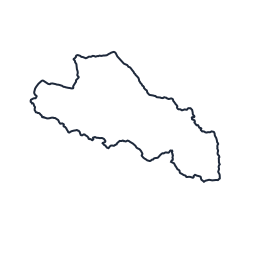 Acomayo, Cusco, Peru, rotated 152°
{"feature_id": "86281439B20943617264122", "entity_name": "Acomayo", "entity_type": "district", "adm_level": 2, "iso_a3": "PER", "parent_name": "Peru", "parent_adm1": "Cusco", "projection": "orthographic", "projection_center": [-71.657, -13.926], "detail": "fine", "context": "isolated", "style": "outline", "palette": "slate", "viewbox_px": 256, "rotation_deg": 152, "n_neighbors": 0, "source": "geoboundaries", "source_scale": "gbopen_adm2", "svg_char_len": 5816}
<svg xmlns="http://www.w3.org/2000/svg" viewBox="0 0 256 256"><g transform="rotate(152 128 128)"><path d="M173.0,144.1L172.7,143.6L172.0,143.1L171.4,143.0L170.4,143.2L169.8,143.0L169.2,142.4L169.1,141.7L168.3,140.5L167.8,139.4L167.5,138.0L167.8,137.4L167.8,136.9L167.3,136.3L166.7,136.1L165.8,135.1L165.6,134.4L165.3,134.0L164.4,134.1L163.9,134.3L163.7,134.8L163.6,135.5L163.5,135.8L163.3,135.9L161.4,135.5L160.3,134.1L158.6,133.1L158.0,132.5L155.9,131.5L155.3,131.0L154.4,129.7L154.1,128.0L154.1,127.1L154.5,126.6L155.0,126.4L157.3,126.7L157.6,126.5L157.3,125.7L157.1,124.4L156.1,123.0L156.2,122.1L155.9,121.4L155.8,120.5L155.1,119.8L154.8,119.4L154.2,119.5L152.9,120.2L151.5,120.5L150.4,120.1L148.8,118.9L147.8,119.1L147.3,118.9L146.8,119.1L145.7,118.9L145.1,119.5L144.7,119.7L141.5,120.5L139.5,119.4L138.9,119.5L138.4,119.3L138.0,118.8L137.8,118.3L137.2,118.1L136.7,117.4L135.9,117.1L134.3,117.1L133.8,116.6L133.1,115.7L132.9,115.1L131.0,112.0L129.8,108.8L129.7,106.8L129.2,105.7L127.9,104.0L127.6,103.1L127.3,101.6L127.3,98.8L127.5,98.3L128.2,97.7L128.7,97.5L128.9,97.1L128.4,94.7L127.7,93.1L127.2,92.5L126.2,90.4L124.4,88.7L124.0,88.5L123.4,88.6L122.7,88.5L121.9,88.8L120.5,88.4L119.8,88.8L119.2,88.9L118.2,88.7L116.2,87.9L115.4,87.8L111.9,89.1L109.9,89.5L109.2,89.4L108.4,88.8L107.3,88.9L106.1,88.7L105.6,88.4L105.2,88.0L103.8,87.2L102.8,87.4L101.3,88.2L101.0,88.2L100.6,87.8L99.9,87.5L99.7,87.4L99.7,86.7L100.5,86.1L100.8,85.4L100.8,84.4L101.3,83.6L101.1,82.9L102.7,80.9L102.7,80.2L103.4,78.9L104.7,78.8L105.9,77.9L103.9,75.1L104.0,73.6L103.9,72.6L104.0,71.9L103.8,71.4L103.7,68.7L103.7,68.3L102.9,67.3L102.6,66.2L102.6,65.9L103.1,64.7L103.1,63.7L102.1,62.4L100.9,60.3L99.6,59.0L99.5,58.8L99.5,57.5L99.1,57.1L97.1,56.3L96.0,55.6L95.2,54.8L94.4,53.9L94.0,53.6L93.1,53.8L92.6,54.7L90.9,55.2L90.6,55.0L89.5,53.5L88.5,52.7L86.9,51.1L86.8,50.5L87.4,48.6L87.4,47.7L86.4,45.6L86.2,44.9L84.4,45.1L80.7,44.2L78.2,42.2L74.5,40.7L73.1,39.8L72.7,39.8L72.0,40.2L70.7,40.3L70.4,40.8L69.1,43.5L68.9,44.8L69.0,46.3L68.9,47.0L66.9,49.0L66.6,49.7L66.3,51.1L65.2,52.3L64.1,52.8L63.9,54.8L63.8,55.1L62.5,57.6L62.2,58.4L62.0,58.8L61.0,59.4L60.8,60.1L60.7,60.9L61.0,61.8L61.1,62.5L61.0,63.2L60.3,64.3L59.2,65.5L59.0,66.1L58.7,68.2L58.1,68.9L57.7,70.0L57.1,70.8L56.0,71.4L55.8,71.8L55.7,72.2L56.0,73.2L55.9,73.7L55.3,75.5L54.8,77.8L54.9,79.6L54.8,80.8L54.1,82.5L54.0,84.0L54.5,84.7L55.9,85.8L57.0,85.7L57.7,85.8L59.4,86.8L60.6,87.0L61.8,87.9L62.2,88.8L62.8,89.5L63.5,89.9L64.0,90.1L64.2,90.4L64.3,91.3L64.6,91.8L64.6,92.2L64.4,92.7L63.5,93.2L63.5,93.3L63.9,94.0L64.8,94.6L64.9,95.3L64.8,96.7L65.0,97.8L65.9,98.0L66.5,99.3L66.5,100.7L66.8,101.6L66.5,102.0L65.8,102.5L65.7,103.5L66.1,104.2L67.2,105.4L67.3,105.8L66.9,106.5L66.9,107.1L66.4,107.4L66.1,107.4L65.6,107.2L64.9,106.6L64.4,106.6L63.9,107.1L63.9,107.8L64.3,108.9L64.2,110.1L63.6,111.3L62.9,113.8L62.9,114.1L63.2,114.7L63.3,115.5L63.5,116.0L63.9,116.4L64.7,116.7L65.3,117.1L66.0,117.1L67.3,116.5L67.9,116.7L69.2,117.8L71.8,118.2L72.4,118.6L72.7,119.5L73.2,120.1L74.5,120.7L75.0,121.5L75.2,122.5L75.0,123.4L74.3,123.9L74.2,124.2L74.4,125.8L74.8,126.7L74.7,127.5L75.0,128.7L75.0,129.5L75.3,130.3L75.2,131.1L74.9,132.1L75.0,132.6L75.6,133.5L76.1,133.9L77.9,134.3L78.8,134.7L79.2,135.5L79.7,135.9L80.1,136.9L81.0,137.5L81.5,138.1L82.4,138.2L83.0,138.0L83.3,138.1L84.6,139.0L85.3,139.9L86.2,140.4L87.3,141.2L87.9,141.5L88.3,142.0L88.7,143.2L89.0,143.6L89.6,143.9L89.9,144.3L90.8,145.1L93.2,146.9L93.7,147.6L94.3,150.2L93.8,152.3L94.6,153.8L95.0,155.5L95.1,155.9L94.7,156.7L94.9,157.9L95.4,158.6L95.4,160.6L95.9,162.1L95.8,163.0L96.0,164.4L95.5,165.9L95.3,167.4L95.9,169.8L96.4,171.3L96.3,172.1L96.8,173.4L96.7,175.0L97.1,176.9L97.5,179.6L97.9,180.8L98.9,181.8L99.0,183.1L99.2,184.0L101.3,186.6L101.5,187.1L103.8,196.2L103.7,199.9L104.0,200.9L104.6,201.7L105.1,202.0L107.6,202.4L108.7,202.3L109.9,202.4L112.6,202.2L114.7,203.0L115.3,203.4L117.8,204.2L119.2,205.3L120.5,205.4L121.3,205.9L123.1,206.2L124.2,207.5L125.2,208.2L127.3,208.3L128.9,209.3L129.5,209.4L130.6,209.2L132.5,209.4L134.6,211.9L135.8,212.7L136.3,214.1L137.6,215.5L138.4,216.1L139.2,216.2L139.6,216.2L140.2,215.9L140.7,215.1L141.3,215.0L142.1,214.6L143.4,214.5L143.7,214.3L143.8,214.0L143.4,212.6L143.4,211.8L143.8,210.9L143.6,208.6L145.5,203.9L145.8,202.0L146.2,200.8L146.8,199.8L147.8,198.8L148.0,198.4L147.9,197.2L147.6,196.6L147.7,196.0L148.0,195.7L150.3,194.9L151.1,194.7L151.5,194.5L152.2,193.2L152.9,192.9L156.5,190.8L156.9,190.4L157.3,189.6L157.4,189.2L157.8,188.9L158.4,189.0L159.5,189.6L160.7,190.7L161.9,191.5L163.8,193.1L164.7,194.1L165.4,194.5L166.1,195.5L166.5,196.4L167.1,196.9L167.8,197.7L169.0,198.8L170.4,199.7L171.4,200.8L173.8,202.8L175.4,203.5L176.2,203.3L176.5,203.4L177.7,204.3L180.5,209.4L181.0,209.9L181.6,210.1L182.3,210.1L186.3,209.1L189.7,207.5L191.5,206.4L194.0,203.7L194.4,202.8L194.5,201.1L193.7,199.2L193.9,198.7L195.5,197.7L195.8,197.7L196.4,198.1L197.6,198.5L200.0,198.5L200.4,198.5L201.3,197.6L201.6,196.7L201.3,196.4L201.2,195.0L201.2,194.8L200.6,194.8L200.4,194.6L200.2,194.0L200.1,193.4L200.5,191.6L200.3,190.1L200.7,189.5L201.4,188.8L202.0,187.6L201.9,186.2L202.0,185.2L200.9,184.2L200.7,183.7L199.7,183.1L199.1,182.0L199.0,181.0L198.4,179.6L198.7,178.2L198.5,177.7L197.3,177.3L197.2,176.5L196.5,176.1L195.1,174.6L194.5,174.2L193.1,173.6L190.7,173.0L189.3,172.3L188.8,171.7L187.8,171.1L187.5,170.7L185.9,167.8L185.9,166.8L186.1,165.9L185.9,164.6L185.9,163.9L185.7,163.6L185.1,163.3L184.0,163.0L183.5,162.3L183.0,161.4L183.1,161.0L184.0,160.1L184.0,159.8L183.8,159.2L183.0,158.4L182.9,157.4L182.6,156.7L182.8,155.6L182.6,153.7L182.7,152.5L182.6,152.2L182.1,151.6L181.7,151.5L180.6,151.7L179.0,151.6L177.0,151.1L175.0,150.4L174.3,150.3L174.0,150.1L173.5,149.2L172.9,148.8L172.6,147.5L172.5,147.0L172.7,146.4L173.0,144.1Z" fill="none" stroke="#1e293b" stroke-width="2"/></g></svg>